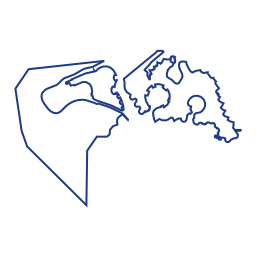 66, Ad Dawhah, Qatar
{"feature_id": "91078587B46503062575408", "entity_name": "66", "entity_type": "district", "adm_level": 2, "iso_a3": "QAT", "parent_name": "Qatar", "parent_adm1": "Ad Dawhah", "projection": "orthographic", "projection_center": [51.544, 25.36], "detail": "fine", "context": "isolated", "style": "outline", "palette": "blue", "viewbox_px": 256, "rotation_deg": 0, "n_neighbors": 0, "source": "geoboundaries", "source_scale": "gbopen_adm2", "svg_char_len": 5789}
<svg xmlns="http://www.w3.org/2000/svg" viewBox="0 0 256 256"><path d="M27.1,146.4L86.4,205.2L87.2,150.7L96.8,136.7L106.9,136.7L109.5,134.6L110.1,129.7L112.9,126.3L117.4,124.6L117.1,122.3L117.1,120.0L117.9,118.0L119.2,116.7L122.0,114.6L123.1,114.8L127.9,119.9L128.0,119.6L122.6,113.5L110.0,107.4L98.6,103.6L96.7,104.0L94.7,103.0L86.1,100.2L82.3,99.7L78.7,100.0L74.7,101.0L71.7,102.3L68.6,104.1L66.0,106.2L60.9,111.3L58.4,112.8L56.4,113.2L53.7,112.9L50.7,111.3L48.3,109.1L44.2,103.7L42.1,99.8L41.5,96.3L41.8,94.4L42.5,92.6L45.4,89.7L47.5,88.6L56.6,85.0L58.9,83.2L61.8,80.1L64.5,78.1L74.4,74.4L82.9,69.4L86.0,68.3L91.6,67.1L92.7,67.2L93.3,66.5L104.2,60.9L28.6,69.2L15.4,88.7L21.6,130.8L27.1,146.4ZM147.3,75.4L147.6,72.4L144.6,70.1L144.6,69.8L149.1,65.1L151.5,62.0L162.9,52.5L163.5,51.8L163.1,51.2L161.8,50.8L157.4,50.9L156.7,51.2L156.3,52.2L123.8,78.9L124.6,82.4L124.5,86.2L124.8,88.5L125.3,89.9L126.7,92.0L130.6,94.7L130.0,97.4L130.8,99.1L132.6,99.7L135.1,98.6L135.9,98.9L136.5,99.6L136.4,101.5L134.8,103.6L135.0,105.6L136.4,106.7L139.1,106.6L140.2,107.5L140.2,108.8L139.2,110.2L139.0,111.3L139.1,112.4L140.3,113.7L141.5,114.0L142.8,113.7L143.9,112.9L145.0,111.2L145.8,111.3L146.0,111.8L147.6,111.1L147.6,110.7L148.7,110.6L149.2,110.2L149.5,109.6L149.1,109.2L150.0,107.9L149.8,106.2L149.0,106.4L146.8,102.6L146.0,100.9L145.2,97.3L145.2,95.3L147.8,95.6L149.1,91.5L147.1,90.5L147.8,89.5L149.0,87.9L151.7,85.7L152.9,87.7L155.5,86.7L155.0,84.5L158.2,84.1L160.8,84.5L163.6,85.5L162.6,87.4L166.2,90.5L167.5,89.5L168.5,91.2L169.6,94.5L169.7,97.9L169.6,98.8L168.7,98.6L168.0,100.9L169.3,101.4L167.5,104.5L164.1,107.3L163.1,105.3L161.1,106.3L161.3,106.8L156.8,108.1L153.8,110.6L153.1,112.4L153.2,114.8L154.1,119.1L155.2,121.8L159.4,119.0L162.1,120.2L165.4,120.4L168.1,119.6L170.6,117.8L171.5,117.5L172.2,117.7L173.0,118.3L174.1,121.0L177.6,118.8L180.3,118.4L181.0,118.6L181.2,120.2L182.6,121.6L184.2,121.8L185.5,121.3L186.5,119.8L187.3,115.0L189.5,113.4L190.0,113.8L190.8,113.6L191.9,112.3L190.4,109.1L191.1,107.4L191.1,106.5L190.7,106.6L189.7,106.1L188.1,104.5L187.9,103.1L188.4,101.1L190.0,98.6L192.2,96.8L195.0,95.8L198.2,95.9L201.1,97.0L203.8,99.7L205.0,102.7L205.1,105.5L204.4,108.0L202.2,111.0L200.3,112.3L196.0,113.2L194.6,114.2L194.2,115.1L194.3,117.8L193.3,118.9L193.1,119.8L193.7,122.5L194.2,123.5L195.3,124.2L197.5,124.7L198.7,123.8L199.0,123.1L200.1,122.7L201.8,122.9L202.6,123.9L203.3,123.8L204.1,124.3L204.3,124.0L205.2,124.2L205.7,124.0L205.7,123.6L206.5,123.4L207.1,122.5L207.5,122.4L208.9,122.5L210.9,123.4L211.5,123.2L212.1,123.5L213.0,123.0L214.1,123.3L214.7,124.0L214.7,124.8L215.1,125.1L214.8,125.9L215.4,126.6L215.4,127.2L216.4,127.6L217.1,128.5L217.6,128.2L218.3,128.6L219.1,130.3L219.1,131.2L218.4,131.8L218.3,132.7L217.8,132.9L217.7,133.2L218.1,133.9L217.7,134.4L217.7,134.8L218.2,134.8L218.4,135.1L218.2,136.5L217.7,136.6L215.6,135.5L215.1,135.6L214.9,136.4L215.6,136.9L215.3,137.3L216.1,137.7L216.3,137.4L219.0,138.9L218.8,139.3L219.5,139.7L219.7,139.3L220.7,139.6L221.0,138.9L218.8,137.3L219.1,136.8L220.5,137.5L223.3,137.7L225.2,138.4L225.2,140.3L225.9,141.4L226.9,142.0L228.3,142.1L229.8,141.2L230.4,140.1L234.0,138.2L236.1,138.2L237.6,137.0L237.9,135.0L237.6,134.1L235.4,131.0L240.6,130.6L240.6,129.9L235.7,130.0L235.1,129.9L233.4,128.4L233.1,127.8L233.5,125.6L233.6,122.3L230.2,121.4L227.7,120.0L228.5,117.4L225.3,116.4L223.6,115.1L223.1,114.3L225.3,110.7L222.5,109.5L220.8,107.6L222.4,105.4L223.5,103.2L221.2,102.4L218.8,100.6L218.3,99.5L220.0,97.0L218.1,95.6L217.8,94.6L218.5,94.4L217.9,93.3L217.0,93.6L216.2,92.0L216.1,91.2L218.9,88.3L216.0,84.4L215.3,82.7L215.4,82.0L216.0,81.4L213.7,78.9L213.5,77.8L212.0,78.1L210.7,77.5L207.7,73.3L207.7,72.2L203.5,73.1L200.8,71.5L200.4,70.1L196.0,70.8L192.5,72.5L191.7,72.2L190.6,71.4L188.8,68.7L186.6,64.1L186.1,61.9L183.8,61.5L181.0,61.6L179.5,62.8L179.2,63.5L179.0,66.0L179.6,68.7L182.2,74.1L182.4,75.8L182.2,77.7L178.8,83.1L177.2,83.7L176.1,83.5L174.8,82.8L172.0,80.0L167.7,77.4L166.9,76.3L166.9,73.5L167.9,69.8L168.2,69.8L170.0,67.3L172.5,65.9L173.5,63.6L175.0,62.4L175.2,59.4L174.6,58.2L174.4,58.4L174.9,59.6L174.7,62.1L174.4,62.6L173.1,62.9L170.7,61.7L170.8,58.1L171.4,57.0L172.7,56.5L175.7,57.4L174.7,56.7L172.5,56.2L171.5,56.5L170.8,57.2L170.4,59.2L166.8,59.5L163.7,58.9L161.7,62.8L160.5,63.7L159.9,63.0L158.9,63.1L157.4,62.2L157.2,65.7L156.6,66.2L155.8,65.9L155.6,66.7L153.9,66.7L154.6,69.0L153.1,69.4L152.9,70.2L150.9,70.3L149.7,70.1L150.4,71.9L151.6,73.9L151.2,74.5L150.4,74.2L149.8,74.9L149.9,79.2L149.4,79.4L147.3,75.4ZM113.7,70.6L111.2,68.2L109.3,67.1L106.8,66.4L103.4,66.5L101.3,67.1L98.4,68.6L96.3,70.7L95.1,71.4L94.6,71.3L94.2,70.6L94.2,71.3L93.7,71.6L85.3,73.5L72.0,79.2L72.2,79.6L66.4,82.2L65.9,82.7L65.9,83.4L67.0,84.0L67.8,83.4L67.2,82.9L68.0,82.6L69.0,82.8L70.4,84.6L70.5,85.5L70.0,85.8L72.3,85.2L74.8,84.9L74.9,85.3L82.5,82.1L84.7,82.0L87.0,82.5L89.8,84.3L91.2,86.5L92.2,90.8L92.0,92.9L91.5,93.6L92.0,93.8L91.6,94.5L91.6,96.5L91.8,95.5L92.8,96.2L93.0,97.6L92.8,97.9L92.2,97.6L93.9,99.1L96.9,100.6L110.6,105.2L121.7,110.5L122.4,110.5L123.5,109.9L123.7,108.7L123.6,108.4L123.6,109.1L122.5,109.1L121.6,107.8L121.8,106.8L122.4,106.3L123.1,106.4L123.2,106.9L123.5,106.8L122.5,103.3L122.3,103.4L122.5,104.1L121.1,104.2L120.0,103.3L119.7,102.3L120.0,101.1L120.5,100.4L121.2,100.3L121.5,101.1L121.8,101.0L120.1,97.4L119.9,97.5L120.3,98.2L118.9,98.5L117.6,97.6L117.2,96.4L117.7,94.8L118.2,94.5L118.6,95.2L118.9,95.0L117.2,92.9L117.1,93.2L117.4,93.5L116.7,93.9L115.8,94.0L115.9,93.4L115.6,93.2L115.5,94.0L113.4,94.1L112.2,92.9L111.5,91.4L111.4,88.9L112.3,87.0L113.3,86.4L114.2,86.4L114.5,86.5L114.6,88.0L114.7,86.1L115.4,83.2L116.1,81.3L116.9,80.1L116.7,80.0L116.0,81.0L115.4,80.8L114.6,80.1L113.8,78.5L113.9,76.3L114.3,75.4L115.5,74.8L116.6,75.7L113.7,70.6Z" fill="none" stroke="#1e3a8a" stroke-width="2"/></svg>